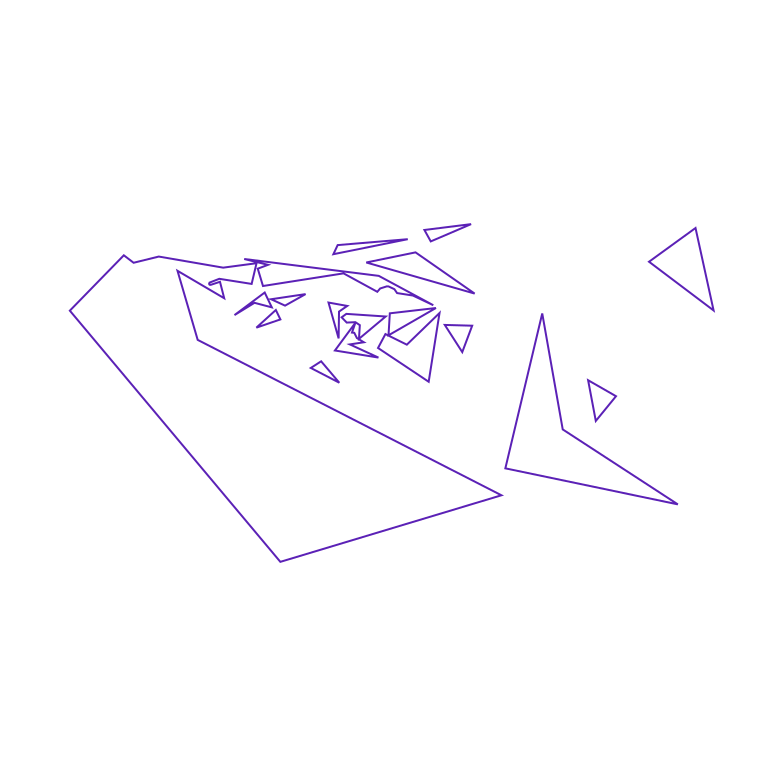 Guayaquil, Guayas, Ecuador (Natural Earth projection), rotated 276°
{"feature_id": "8360857B75288721097085", "entity_name": "Guayaquil", "entity_type": "district", "adm_level": 2, "iso_a3": "ECU", "parent_name": "Ecuador", "parent_adm1": "Guayas", "projection": "natural_earth1", "projection_center": [-80.067, -2.513], "detail": "medium", "context": "isolated", "style": "outline", "palette": "violet", "viewbox_px": 768, "rotation_deg": 276, "n_neighbors": 0, "source": "geoboundaries", "source_scale": "gbopen_adm2", "svg_char_len": 1525}
<svg xmlns="http://www.w3.org/2000/svg" viewBox="0 0 768 768"><g transform="rotate(276 384 384)"><path d="M424.1,63.9L196.3,299.5L285.6,512.4L408.4,194.1L475.0,166.8L452.6,216.1L468.5,210.2L464.5,201.3L464.5,200.2L465.3,199.6L466.6,199.9L471.4,209.2L469.7,241.9L490.8,244.6L482.9,211.9L487.2,146.7L478.4,122.3L484.8,111.8L424.1,63.9ZM470.7,534.0L312.8,513.5L295.0,688.8L357.5,566.5L470.7,534.0ZM533.3,634.8L491.6,704.1L571.7,677.5L533.3,634.8ZM491.0,367.5L493.7,231.9L490.4,256.2L485.5,246.4L468.8,253.4L489.8,332.2L475.0,367.7L478.6,370.2L481.4,376.6L481.5,378.3L479.4,384.4L475.8,387.5L475.0,403.5L467.5,424.8L491.0,367.5ZM483.4,464.7L518.2,401.6L503.0,353.7L483.4,464.7ZM433.8,380.2L419.2,374.3L390.9,428.2L460.4,431.8L425.5,402.6L433.8,380.2ZM541.4,408.1L530.7,415.6L552.1,453.9L541.4,408.1ZM465.0,427.7L454.9,382.4L432.9,383.4L465.0,427.7ZM409.1,586.6L369.4,598.5L396.1,616.0L409.1,586.6ZM530.5,392.5L517.3,323.4L507.8,320.1L530.5,392.5ZM441.8,349.1L412.2,331.7L409.7,375.7L419.8,345.9L423.4,359.6L426.9,352.2L431.8,349.1L431.8,346.8L441.8,349.1ZM462.5,255.8L436.9,228.1L451.2,246.7L448.5,264.4L462.5,255.8ZM451.3,378.6L449.8,339.2L445.9,334.9L441.2,340.5L442.5,349.1L440.0,353.8L426.3,354.4L451.3,378.6ZM451.2,465.6L449.1,438.3L423.9,458.5L451.2,465.6ZM459.2,320.3L424.6,334.1L451.3,331.7L457.8,339.3L459.2,320.3ZM380.6,339.4L400.0,319.1L392.3,309.5L380.6,339.4ZM465.2,296.6L456.5,262.9L451.6,277.4L465.2,296.6ZM446.3,268.7L426.7,251.2L437.4,274.2L446.3,268.7Z" fill="none" stroke="#5b21b6" stroke-width="2"/></g></svg>